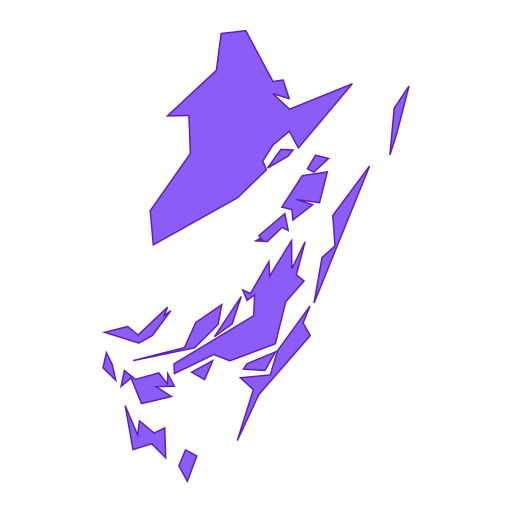 Van Don, Quảng Ninh, Vietnam (Albers equal-area conic projection)
{"feature_id": "81297802B23156291808671", "entity_name": "Van Don", "entity_type": "district", "adm_level": 2, "iso_a3": "VNM", "parent_name": "Vietnam", "parent_adm1": "Quảng Ninh", "projection": "albers", "projection_center": [107.384, 20.984], "detail": "medium", "context": "isolated", "style": "filled", "palette": "violet", "viewbox_px": 512, "rotation_deg": 0, "n_neighbors": 0, "source": "geoboundaries", "source_scale": "gbopen_adm2", "svg_char_len": 1928}
<svg xmlns="http://www.w3.org/2000/svg" viewBox="0 0 512 512"><path d="M153.3,244.8L237.6,197.7L266.4,169.8L262.7,161.1L273.1,144.8L289.3,131.3L298.4,147.8L352.3,83.8L289.5,109.2L272.9,93.7L289.2,98.6L283.1,80.0L272.9,81.5L245.8,30.7L221.2,33.5L216.4,70.3L167.5,115.9L188.9,115.5L190.4,153.5L150.2,210.8L153.3,244.8ZM305.1,241.8L291.8,268.8L291.6,240.6L269.6,276.1L268.9,261.6L250.5,293.5L242.8,290.0L247.1,300.3L254.6,294.9L253.7,315.7L174.0,363.9L174.4,373.6L213.8,354.5L229.8,360.8L275.3,343.8L285.7,301.9L304.0,281.0L296.3,274.8L305.1,241.8ZM314.0,303.1L369.6,166.0L332.8,215.5L335.0,245.9L322.0,257.6L314.0,303.1ZM310.0,306.0L277.5,350.8L270.3,374.9L240.4,377.8L253.4,389.6L237.3,440.6L258.8,394.6L310.2,335.6L303.1,322.9L310.0,306.0ZM327.3,171.9L302.3,175.7L281.8,207.1L291.9,209.6L292.9,220.0L312.6,204.7L296.5,199.5L319.5,202.7L327.3,171.9ZM124.4,370.6L121.1,386.3L131.1,378.0L141.5,403.6L171.4,396.5L156.2,386.7L174.3,386.2L167.8,373.7L167.5,383.8L158.8,372.9L135.5,379.4L124.4,370.6ZM221.7,304.7L195.8,322.5L184.5,347.6L133.2,360.6L194.6,347.8L218.2,324.2L221.7,304.7ZM137.6,435.0L125.2,405.7L133.0,449.6L151.7,443.7L165.7,457.8L164.7,427.9L154.1,433.0L139.5,420.9L137.6,435.0ZM164.3,315.7L167.5,307.2L138.1,335.0L127.6,326.5L104.6,332.3L138.8,343.1L152.5,335.4L170.8,310.7L164.3,315.7ZM389.9,155.0L396.9,133.1L409.0,86.0L394.2,108.3L389.9,155.0ZM185.5,450.0L178.9,465.9L187.3,481.3L196.8,456.0L185.5,450.0ZM232.2,323.8L241.2,296.5L214.5,336.6L232.2,323.8ZM204.6,379.6L212.7,360.7L191.7,372.2L204.6,379.6ZM284.8,213.6L258.9,235.7L262.7,240.4L259.6,238.7L255.9,240.8L267.2,241.6L282.1,227.4L288.2,230.4L284.8,213.6ZM275.5,351.9L247.0,363.8L243.4,369.1L264.9,370.5L275.5,351.9ZM328.5,158.5L315.5,155.2L307.4,168.8L313.9,172.1L328.5,158.5ZM293.0,150.0L280.9,149.4L267.5,168.1L288.0,156.2L293.0,150.0ZM106.4,352.7L103.0,367.8L115.8,380.2L112.1,364.3L106.4,352.7Z" fill="#8b5cf6" stroke="#5b21b6" stroke-width="1.5"/></svg>